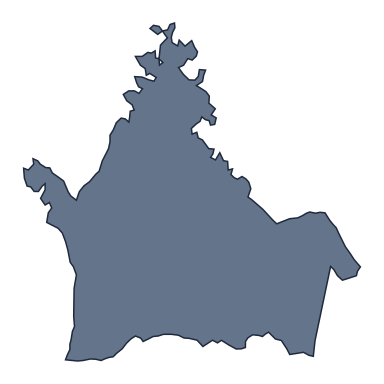 outline of Vitorino, Paraná, Brazil
{"feature_id": "56859067B75981807507480", "entity_name": "Vitorino", "entity_type": "district", "adm_level": 2, "iso_a3": "BRA", "parent_name": "Brazil", "parent_adm1": "Paraná", "projection": "equal_earth", "projection_center": [-52.818, -26.255], "detail": "fine", "context": "isolated", "style": "filled", "palette": "slate", "viewbox_px": 384, "rotation_deg": 0, "n_neighbors": 0, "source": "geoboundaries", "source_scale": "gbopen_adm2", "svg_char_len": 2916}
<svg xmlns="http://www.w3.org/2000/svg" viewBox="0 0 384 384"><path d="M170.0,24.5L167.6,29.8L162.5,31.0L164.8,34.5L167.4,37.8L160.5,45.1L159.0,58.8L155.6,57.9L155.1,50.8L151.4,53.1L147.8,52.4L142.2,56.4L135.4,56.4L140.4,65.2L145.2,68.6L146.3,75.3L149.8,73.4L156.2,77.5L154.0,81.2L149.0,79.9L142.2,77.1L134.7,76.6L136.7,82.9L138.6,86.8L142.5,88.7L139.0,93.4L134.3,90.8L128.7,90.9L123.3,94.4L126.7,100.7L132.1,104.8L134.2,110.1L130.2,111.2L129.6,117.6L128.8,122.1L125.3,118.9L121.1,118.1L116.3,122.7L113.3,129.9L110.0,135.2L110.0,141.9L108.5,148.7L106.5,152.7L102.3,160.9L99.1,171.2L95.6,174.4L89.6,181.7L84.0,185.8L79.3,191.7L76.4,200.2L70.8,196.0L68.1,191.7L63.6,181.0L57.3,176.4L52.4,173.0L49.8,167.9L45.7,167.6L40.3,164.2L37.8,160.9L33.0,158.7L33.7,164.2L28.3,170.0L23.6,168.2L24.4,178.2L27.1,186.1L30.7,186.9L34.1,191.4L38.4,191.5L42.2,186.1L45.1,183.7L45.1,189.8L40.6,198.4L45.1,205.0L49.4,202.5L51.7,208.0L48.3,212.8L46.7,222.4L52.1,225.2L58.0,228.2L62.3,233.0L65.5,241.5L67.8,249.8L70.2,262.3L73.4,266.7L76.4,274.9L74.1,288.3L73.7,316.5L74.5,326.5L72.4,331.5L71.1,339.7L69.9,344.2L69.9,349.5L67.3,355.0L65.5,359.8L77.5,361.0L83.1,360.5L90.2,359.0L95.6,359.2L101.1,360.5L105.2,358.7L109.4,357.3L113.1,356.8L116.6,353.3L122.2,348.8L126.5,343.2L131.2,338.7L135.4,336.0L140.7,338.1L143.1,341.5L148.5,338.9L153.1,336.5L158.2,336.0L163.5,334.3L171.2,334.3L178.4,335.2L184.0,338.0L188.9,338.3L197.1,340.2L202.9,346.5L212.5,340.2L217.5,342.9L221.4,340.3L228.9,345.0L236.2,349.0L241.4,348.8L245.4,347.5L245.5,341.5L247.9,337.8L252.6,334.8L258.8,335.4L262.5,336.5L265.4,334.0L268.6,332.2L275.4,339.0L281.4,340.5L286.8,348.8L289.7,354.5L303.5,352.3L308.9,355.3L313.3,356.3L315.0,340.8L330.6,266.5L333.8,269.5L337.5,275.7L342.4,280.2L347.2,278.7L356.4,275.7L357.5,271.2L360.4,266.9L354.2,259.7L350.5,254.0L345.4,246.8L341.1,238.2L338.8,233.5L336.2,227.8L333.2,224.6L329.7,220.3L325.0,212.8L320.0,212.3L315.5,213.2L309.7,212.0L306.1,213.4L302.4,215.7L297.6,217.9L289.7,218.7L276.7,223.8L272.7,220.0L262.9,209.4L252.1,200.0L248.0,197.0L250.8,188.7L248.8,182.2L245.9,178.9L242.0,176.5L237.5,179.2L234.2,177.7L231.0,174.6L232.5,168.9L228.2,170.0L227.6,161.4L223.5,160.7L219.8,152.7L215.5,159.9L210.6,157.4L212.9,153.9L214.0,149.1L208.7,148.6L202.4,139.9L198.2,137.9L196.8,132.3L192.1,134.1L191.4,128.4L196.2,124.0L200.0,121.4L201.8,116.9L205.4,119.7L209.1,120.6L210.5,125.1L214.7,124.4L216.2,117.9L211.2,114.9L215.3,108.8L208.9,103.2L209.3,96.1L205.9,91.6L200.2,87.9L196.4,85.6L202.5,81.5L203.7,75.1L205.6,70.1L199.4,69.6L198.3,76.4L194.9,80.1L189.1,79.9L183.3,74.3L178.5,67.6L183.6,65.2L187.8,58.6L192.2,60.1L196.3,56.1L197.5,51.8L194.6,47.3L191.7,40.6L185.0,46.1L179.2,40.1L177.7,45.9L172.1,42.6L171.3,37.4L172.5,32.6L174.9,27.8L174.5,23.0L170.0,24.5ZM159.0,58.8L162.9,62.6L159.5,65.1L159.0,58.8ZM162.5,31.0L159.0,26.4L153.5,25.3L150.0,28.5L157.7,34.4L162.5,31.0Z" fill="#64748b" stroke="#1e293b" stroke-width="1.5"/></svg>